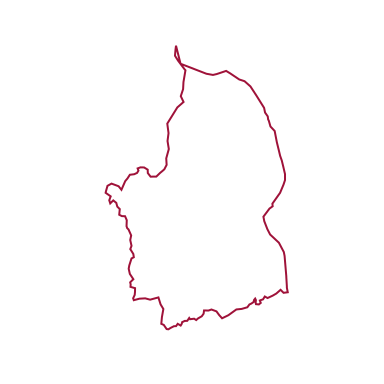 Sykopetra, Limassol, Cyprus (Mercator projection), rotated 60°
{"feature_id": "46923920B4019761469053", "entity_name": "Sykopetra", "entity_type": "district", "adm_level": 2, "iso_a3": "CYP", "parent_name": "Cyprus", "parent_adm1": "Limassol", "projection": "mercator", "projection_center": [33.109, 34.881], "detail": "fine", "context": "isolated", "style": "outline", "palette": "rose", "viewbox_px": 384, "rotation_deg": 60, "n_neighbors": 0, "source": "geoboundaries", "source_scale": "gbopen_adm2", "svg_char_len": 2286}
<svg xmlns="http://www.w3.org/2000/svg" viewBox="0 0 384 384"><g transform="rotate(60 192 192)"><path d="M293.7,143.8L289.9,142.5L279.4,142.1L267.9,145.6L261.8,145.3L253.4,144.0L249.1,142.5L245.1,133.2L244.7,129.3L242.3,128.2L237.6,118.0L236.8,116.2L231.4,109.1L228.2,105.5L223.0,102.5L216.1,100.4L209.6,98.5L204.8,97.6L200.1,96.2L191.2,93.6L180.5,89.9L174.5,91.3L168.5,89.8L167.3,89.8L164.4,88.6L159.7,89.0L155.2,87.5L141.0,88.0L129.8,88.6L122.3,91.1L118.2,94.8L108.4,99.6L104.2,101.9L102.2,111.7L101.1,115.3L96.8,120.4L75.2,137.8L57.3,132.7L60.6,135.2L62.6,136.6L65.5,138.6L71.2,138.4L81.9,137.1L83.3,136.8L92.5,144.4L98.5,148.3L103.4,153.8L109.8,154.3L111.4,162.4L120.4,179.2L129.3,182.9L135.6,187.7L143.2,190.6L150.0,197.5L155.8,200.4L158.5,204.6L159.0,207.0L159.5,210.0L160.8,215.2L158.0,220.2L153.5,220.8L150.5,219.2L146.8,221.2L144.9,224.3L144.4,227.3L146.7,227.7L148.0,230.0L147.7,233.2L146.0,237.2L148.0,241.1L149.2,244.4L154.8,252.0L150.3,252.7L144.5,257.5L144.4,262.1L148.3,266.1L149.5,267.2L155.1,264.6L157.8,267.8L161.0,268.5L159.9,264.4L163.5,263.0L167.3,264.0L170.7,263.1L175.3,266.4L177.8,264.8L179.5,262.1L183.8,262.6L188.9,265.8L190.9,266.2L192.7,265.7L199.2,266.4L202.7,269.5L208.4,271.3L210.6,274.0L216.3,273.8L219.4,275.0L219.3,277.6L224.2,283.0L226.8,285.2L231.9,286.8L238.2,286.4L239.3,290.7L241.3,291.3L243.4,292.7L245.8,290.4L246.8,289.4L250.0,291.3L252.5,293.1L254.6,296.1L256.6,296.5L258.1,290.9L260.7,285.7L264.3,282.1L266.5,273.8L273.6,275.4L279.0,275.3L285.3,280.6L290.8,284.5L293.0,282.9L298.0,282.5L298.1,282.4L299.1,281.1L299.1,280.7L299.0,278.6L299.2,274.7L300.2,272.9L299.0,270.3L302.0,268.6L301.3,267.2L299.7,265.4L300.0,264.2L299.9,263.0L301.2,260.5L299.7,257.4L301.2,257.3L302.8,253.5L305.0,252.4L304.5,250.0L304.5,245.7L303.2,242.8L300.6,240.8L302.9,237.0L303.5,233.9L307.6,230.5L312.2,230.0L316.4,229.1L316.9,222.1L315.9,212.3L318.1,207.4L319.5,201.7L318.1,198.5L318.3,196.2L318.2,195.2L318.1,193.7L316.5,192.2L315.9,190.6L317.6,190.7L319.6,192.2L321.1,192.7L322.8,190.3L322.4,187.9L319.9,187.5L320.0,186.5L320.5,184.2L318.9,181.2L321.6,179.6L322.1,174.0L322.1,169.8L321.0,164.2L325.1,163.1L326.7,159.2L322.3,157.7L322.2,157.6L320.9,156.9L312.5,152.7L312.4,152.6L293.9,143.9L293.7,143.8Z" fill="none" stroke="#9f1239" stroke-width="2"/></g></svg>